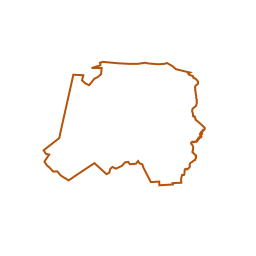 the district of Brazoria, Texas, United States of America, rotated 223°
{"feature_id": "52423323B52788200523187", "entity_name": "Brazoria", "entity_type": "district", "adm_level": 2, "iso_a3": "USA", "parent_name": "United States of America", "parent_adm1": "Texas", "projection": "albers", "projection_center": [-95.65, 29.212], "detail": "fine", "context": "isolated", "style": "outline", "palette": "amber", "viewbox_px": 256, "rotation_deg": 223, "n_neighbors": 0, "source": "geoboundaries", "source_scale": "gbopen_adm2", "svg_char_len": 2998}
<svg xmlns="http://www.w3.org/2000/svg" viewBox="0 0 256 256"><g transform="rotate(223 128 128)"><path d="M51.7,124.3L54.5,127.0L56.4,130.5L55.1,131.7L55.3,132.7L58.0,136.1L58.2,136.7L58.1,137.1L57.9,137.5L57.4,137.4L56.8,137.8L56.5,138.1L56.6,138.8L56.2,139.4L56.3,140.2L56.1,140.9L56.3,141.4L56.6,142.2L57.3,142.6L57.8,143.0L58.1,143.5L58.4,144.2L58.5,145.1L58.3,146.1L57.9,147.0L57.9,147.7L57.8,148.3L57.8,148.8L57.6,149.1L57.4,149.7L57.1,150.2L57.1,150.6L57.4,150.8L57.8,151.8L57.7,152.0L57.9,152.4L58.2,152.6L58.4,153.2L58.8,153.7L59.0,153.5L59.4,153.6L59.6,154.0L60.0,154.4L60.5,154.3L61.8,154.1L62.5,154.3L63.4,154.3L64.1,154.1L64.5,154.3L64.9,154.9L65.0,155.6L65.3,156.1L65.8,156.3L66.2,156.8L66.5,157.5L66.7,157.9L67.1,158.3L67.7,158.7L68.8,159.2L70.0,159.7L70.7,159.5L71.2,159.6L71.7,160.3L71.9,160.7L71.7,161.3L71.6,161.9L71.0,162.4L70.6,162.3L70.0,162.6L69.9,163.1L69.9,163.5L69.6,164.0L69.1,164.2L68.7,164.2L68.5,164.6L68.5,164.9L68.4,165.3L68.9,165.4L69.1,165.9L69.3,166.1L69.0,166.6L68.7,167.0L68.7,167.6L68.9,167.5L69.5,167.8L69.7,168.3L69.5,168.7L69.2,168.8L69.0,169.2L69.4,169.3L69.6,169.8L69.4,169.9L69.3,170.7L69.1,171.3L68.8,171.3L68.6,171.1L68.3,171.1L68.3,171.5L68.5,171.9L69.0,172.0L69.4,171.8L69.9,171.9L70.8,172.2L71.3,172.5L71.4,173.0L71.0,172.6L70.6,172.6L70.4,173.0L69.7,173.9L69.8,174.4L70.3,174.7L71.0,174.9L71.3,175.4L71.6,175.6L71.6,176.0L71.4,176.1L71.2,176.3L71.1,176.7L71.1,177.1L71.5,177.4L71.9,177.7L71.8,178.0L71.6,178.1L71.0,178.7L71.4,179.9L72.1,180.5L77.3,180.5L79.5,180.4L81.8,180.3L83.5,180.2L83.9,180.2L84.3,180.1L84.7,180.4L84.9,180.9L85.3,181.0L85.9,181.1L86.2,181.3L86.8,181.6L87.0,181.9L87.5,181.6L87.7,181.2L88.4,181.0L88.8,181.2L89.3,181.8L89.9,182.5L91.2,183.3L92.1,183.7L93.0,184.5L93.9,186.1L93.7,188.0L93.3,190.5L94.7,193.3L96.0,194.2L96.7,195.5L98.0,196.1L98.9,196.6L99.5,197.6L100.9,198.7L102.1,199.5L103.3,200.6L104.3,201.2L105.2,202.0L105.6,202.7L106.8,203.5L107.4,204.9L107.4,205.6L107.3,206.3L106.9,207.5L107.4,208.6L108.4,209.7L109.4,209.9L110.4,210.0L111.3,210.0L112.3,210.2L113.2,209.6L113.8,209.4L114.2,209.7L114.6,209.5L114.8,209.4L115.1,209.6L115.3,209.9L116.0,210.2L119.6,208.6L121.1,208.9L120.9,209.8L120.5,210.6L120.4,210.9L124.3,208.6L133.1,203.7L137.5,203.6L143.9,202.1L144.9,200.0L149.3,195.3L157.5,188.8L159.8,187.6L164.5,181.7L170.7,175.9L179.6,168.4L191.9,158.9L192.4,157.5L193.0,156.6L191.9,156.0L191.0,155.0L195.5,147.0L188.2,153.9L184.4,149.0L184.8,144.8L186.2,140.9L185.6,132.8L189.4,131.6L194.1,131.4L196.7,136.1L204.3,129.7L192.7,109.9L179.1,86.7L171.4,73.7L174.5,54.2L170.4,53.1L167.5,54.8L166.3,47.0L166.0,46.3L161.4,45.3L159.3,45.6L153.0,45.1L150.2,48.0L144.8,47.4L135.7,49.2L133.4,59.3L132.2,64.2L131.7,66.5L130.9,69.8L128.6,79.4L112.2,79.6L111.2,82.4L113.1,86.2L112.8,88.9L109.1,90.0L106.6,96.2L106.8,100.7L104.7,103.4L102.0,102.7L97.8,107.3L98.1,110.7L95.4,110.0L92.8,111.2L89.4,109.4L74.4,104.0L68.6,110.1L66.0,107.5L56.7,117.3L57.8,118.1L51.7,124.3Z" fill="none" stroke="#b45309" stroke-width="2"/></g></svg>